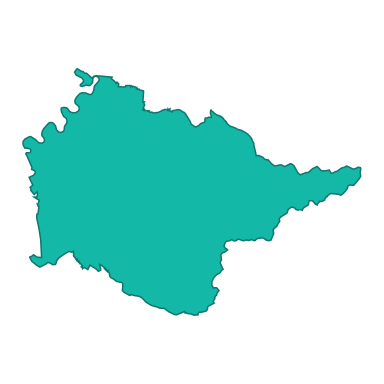 outline of Parau, Brasov, Romania
{"feature_id": "2599482B71201196039236", "entity_name": "Parau", "entity_type": "district", "adm_level": 2, "iso_a3": "ROU", "parent_name": "Romania", "parent_adm1": "Brasov", "projection": "mercator", "projection_center": [25.249, 45.842], "detail": "fine", "context": "isolated", "style": "filled", "palette": "teal", "viewbox_px": 384, "rotation_deg": 0, "n_neighbors": 0, "source": "geoboundaries", "source_scale": "gbopen_adm2", "svg_char_len": 5877}
<svg xmlns="http://www.w3.org/2000/svg" viewBox="0 0 384 384"><path d="M198.0,314.9L198.1,313.7L198.5,312.9L199.9,312.0L200.4,312.5L206.2,311.0L207.5,309.3L207.5,307.1L208.3,306.2L214.2,303.1L213.3,302.0L213.3,301.2L214.9,298.4L215.0,297.8L214.7,297.6L215.1,296.3L216.6,295.3L216.9,293.1L219.0,290.7L217.1,288.2L216.2,287.7L213.2,287.9L212.5,286.1L211.6,285.1L211.9,284.0L211.9,281.8L213.4,278.3L215.4,275.9L217.7,274.0L219.7,273.1L220.6,272.1L221.5,270.3L223.1,269.4L220.4,263.4L220.2,262.5L221.4,259.8L220.9,254.8L221.2,254.0L223.2,252.5L224.6,252.2L227.6,249.9L226.5,248.8L225.5,248.5L224.2,246.7L224.1,245.4L225.5,242.1L226.4,241.3L230.4,240.5L231.5,239.6L234.4,241.0L235.3,241.0L238.5,239.1L243.3,240.8L245.7,240.1L247.6,240.1L248.2,240.5L250.0,240.2L250.9,239.5L254.7,240.7L255.5,240.3L256.1,239.3L258.0,238.4L261.4,237.9L263.3,238.0L266.4,240.2L268.7,240.7L271.0,240.1L273.7,233.5L273.1,229.5L276.9,226.2L278.2,223.4L279.7,221.5L279.3,218.5L281.1,216.8L287.0,213.0L288.3,209.3L291.3,207.2L292.5,207.2L294.9,208.1L295.7,209.4L296.7,209.8L298.1,210.1L299.3,209.7L301.9,209.9L302.4,210.2L302.8,208.8L304.4,207.3L308.4,204.8L309.0,200.8L311.9,200.6L313.7,202.0L315.0,204.0L317.3,205.0L317.5,203.8L319.1,202.2L319.4,201.3L321.3,201.6L324.7,200.1L324.8,199.2L325.9,197.2L327.1,196.7L327.9,195.4L330.8,193.5L338.6,194.3L340.7,195.2L341.2,195.0L342.9,193.8L345.7,190.8L347.6,188.0L347.8,186.1L349.7,185.0L353.7,185.3L358.6,179.6L360.7,176.4L360.1,171.9L360.6,170.4L360.7,168.6L360.2,167.9L361.0,167.7L358.0,167.2L356.6,168.1L353.5,169.2L346.6,166.0L344.0,167.4L341.4,168.1L337.0,171.3L335.3,171.7L332.2,173.4L331.0,173.0L329.2,170.0L325.9,170.8L321.3,170.8L317.2,166.5L312.7,168.6L308.1,172.6L306.3,172.5L300.3,174.8L297.6,172.5L294.0,165.7L291.5,163.9L290.3,163.7L284.8,166.6L282.4,165.3L280.3,164.8L275.0,166.0L273.7,165.4L270.8,163.1L268.3,159.9L265.2,159.6L262.7,157.2L258.8,155.5L256.1,155.6L255.8,153.3L253.8,144.9L253.8,143.2L252.5,141.0L251.3,138.1L248.3,134.7L245.9,132.8L241.1,130.2L237.9,129.5L235.1,127.9L230.0,126.1L227.2,123.7L226.1,121.6L224.2,119.9L222.6,117.6L219.9,115.9L217.2,115.1L214.3,113.3L212.7,111.6L212.0,111.4L211.1,110.0L210.7,110.2L210.4,113.2L211.4,116.5L211.3,117.4L208.6,117.2L207.0,118.1L205.4,118.0L204.9,119.2L205.0,121.9L200.4,123.7L199.1,125.3L195.8,127.0L193.8,126.2L191.1,124.0L190.3,121.7L185.2,113.4L183.9,112.2L182.5,111.9L181.0,110.5L178.5,109.5L173.1,110.6L171.9,111.1L171.7,111.9L169.7,110.6L169.6,110.0L169.9,108.9L168.7,109.5L168.9,110.3L168.3,110.0L168.0,109.3L167.8,110.4L167.0,109.5L164.4,109.5L163.0,110.3L162.3,110.2L161.8,110.8L158.3,112.4L153.3,113.0L152.2,112.2L149.7,112.3L149.3,111.8L149.6,111.5L149.4,110.9L148.9,110.6L148.6,111.2L147.8,111.3L147.3,110.7L145.3,110.4L144.4,109.6L144.0,109.7L143.9,110.2L143.5,109.7L142.9,109.9L142.9,109.3L143.9,108.4L143.4,107.6L144.7,105.0L144.0,103.8L144.0,102.6L144.4,101.9L142.9,102.1L143.5,92.7L143.6,91.0L143.3,90.8L139.5,89.9L139.2,89.2L137.5,89.4L137.5,88.7L136.5,88.6L136.4,88.1L136.6,87.7L136.2,87.8L135.5,87.0L132.9,86.3L132.4,86.9L131.9,86.1L131.0,85.7L130.7,86.3L130.6,85.6L129.9,85.5L125.8,85.6L125.6,86.7L123.7,87.0L118.2,86.6L118.8,84.1L117.0,82.1L116.1,83.4L114.2,81.0L111.2,78.5L112.1,77.1L96.0,75.7L93.6,76.4L92.1,78.2L86.5,73.2L84.6,73.2L82.9,71.4L81.8,71.5L77.4,68.8L76.6,69.1L74.5,72.1L76.2,75.1L82.1,78.1L83.4,80.1L83.5,81.3L82.7,82.6L80.6,84.4L80.2,85.2L80.4,85.9L82.3,86.5L86.1,85.1L89.0,85.6L90.8,84.8L92.5,82.8L92.9,78.1L94.5,76.4L96.4,76.3L97.9,77.0L99.1,78.6L99.1,80.3L97.7,82.4L94.7,85.7L94.2,86.9L93.7,90.6L92.4,93.2L91.4,94.3L90.0,94.7L85.6,92.9L82.0,92.8L79.9,93.6L76.5,97.2L75.1,99.8L74.9,101.6L75.3,103.4L78.5,106.2L79.2,107.3L79.2,109.5L77.9,111.4L75.3,112.8L73.0,112.8L70.9,112.2L69.6,111.4L67.4,108.4L66.2,107.7L63.8,107.4L61.4,108.0L61.1,109.1L61.5,111.9L63.6,116.4L66.3,118.5L67.1,121.0L66.6,123.3L64.5,126.3L64.1,130.3L63.0,131.6L60.9,132.5L58.8,132.1L56.5,129.8L55.6,126.1L54.0,123.8L52.3,122.6L50.1,122.5L48.8,123.0L43.8,128.6L42.2,131.5L41.8,134.5L42.0,135.7L44.1,138.4L44.5,140.1L44.1,141.7L43.0,142.7L41.3,143.2L38.4,142.6L35.5,139.5L30.6,136.5L28.9,136.9L25.0,139.0L23.3,141.1L23.0,142.6L23.1,144.4L23.6,146.0L25.0,148.2L25.9,148.0L29.9,148.8L30.6,149.3L30.8,151.1L30.6,152.0L29.2,152.8L26.4,152.7L25.8,154.0L26.2,154.2L32.0,167.5L31.6,169.4L34.6,170.7L35.3,172.1L35.2,173.2L33.2,175.5L29.1,177.3L32.8,185.2L30.1,187.3L30.8,188.8L31.1,190.2L30.9,190.5L34.2,194.6L37.2,191.8L37.6,193.8L36.8,197.1L34.1,197.1L39.3,200.4L37.8,204.4L37.4,204.2L38.0,206.1L38.9,206.4L37.9,214.2L36.9,214.2L36.7,217.8L39.0,228.6L40.7,239.8L41.6,257.5L37.2,257.2L33.5,254.8L31.5,256.4L29.8,257.0L29.9,257.7L31.7,261.2L37.1,265.6L39.9,267.1L46.0,264.0L47.7,262.5L50.2,263.1L52.7,264.7L55.5,264.4L56.4,262.2L56.3,261.4L58.9,257.9L64.1,254.2L68.8,251.5L71.7,252.2L72.8,251.9L73.3,251.2L73.9,252.1L73.4,253.3L73.8,254.6L73.5,255.2L73.9,256.6L75.2,257.5L75.4,258.6L75.8,259.2L76.9,258.8L77.4,259.2L76.7,260.3L77.2,261.1L78.0,260.7L78.6,260.8L78.3,261.4L78.5,262.3L79.6,262.1L79.8,262.4L79.5,263.0L79.8,263.7L81.0,263.9L81.5,265.1L82.4,265.5L82.3,266.5L81.4,266.9L81.9,267.2L82.6,268.7L83.4,267.8L84.3,267.6L86.3,268.4L87.8,269.6L90.0,265.1L96.4,269.2L98.3,271.3L100.7,270.2L100.6,267.9L99.6,265.3L99.6,264.3L103.8,267.0L104.1,267.8L104.5,267.8L104.4,268.4L105.3,268.3L105.5,269.0L106.5,269.4L106.6,269.9L105.7,270.0L107.0,271.2L108.0,270.7L107.5,271.7L107.9,272.1L108.5,271.8L109.4,273.1L109.3,274.1L109.6,274.3L109.8,276.2L111.2,277.9L113.5,279.0L116.6,281.5L117.9,281.5L119.5,282.2L121.4,282.3L122.3,282.9L122.7,284.1L122.8,286.3L122.3,290.5L123.8,292.1L129.1,295.2L130.4,295.4L131.1,294.5L134.0,295.5L139.2,296.3L142.2,298.0L145.7,301.9L150.8,305.1L155.1,306.6L156.4,306.7L159.9,308.2L164.1,308.3L168.8,311.8L174.5,314.5L176.5,314.8L184.7,311.5L184.9,312.9L189.0,313.8L191.2,313.9L193.9,315.2L198.0,314.9Z" fill="#14b8a6" stroke="#0f766e" stroke-width="1.5"/></svg>